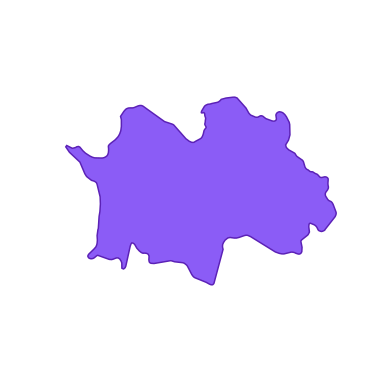 map outline of Beijing (Albers equal-area conic projection), rotated 228°
{"feature_id": "CHN-1155", "entity_name": "Beijing", "entity_type": "Municipality", "adm_level": 1, "iso_a3": "CHN", "parent_name": "China", "parent_adm1": "", "projection": "albers", "projection_center": [116.383, 40.244], "detail": "fine", "context": "isolated", "style": "filled", "palette": "violet", "viewbox_px": 384, "rotation_deg": 228, "n_neighbors": 0, "source": "natural_earth", "source_scale": "10m", "svg_char_len": 4562}
<svg xmlns="http://www.w3.org/2000/svg" viewBox="0 0 384 384"><g transform="rotate(228 192 192)"><path d="M296.0,189.5L297.5,195.3L297.8,197.9L297.7,198.9L297.4,199.9L296.9,201.0L296.4,201.7L294.2,204.2L293.9,204.7L293.4,205.7L292.1,209.4L291.5,210.6L290.9,211.5L290.4,212.0L289.8,212.5L288.4,213.1L282.7,214.3L262.7,218.7L255.9,222.6L254.8,223.1L253.9,223.3L235.7,223.1L231.6,223.9L229.3,224.9L228.3,225.8L227.6,226.7L227.3,228.6L226.2,233.0L226.0,233.9L225.9,234.8L226.0,235.7L226.5,237.2L227.5,239.1L229.6,242.1L230.0,243.3L230.3,245.2L230.6,245.8L231.3,246.1L233.0,246.5L233.7,246.8L234.2,247.3L235.1,248.6L236.1,249.6L237.3,251.1L237.7,251.5L238.2,251.8L239.7,252.4L240.4,252.8L241.6,253.7L242.2,254.0L243.1,253.9L243.6,253.0L244.3,252.1L244.7,252.0L245.1,252.4L245.5,253.0L245.8,253.6L247.3,258.4L247.4,259.4L247.2,260.7L246.6,262.5L245.6,263.8L244.7,265.4L244.6,265.8L241.8,270.6L241.4,271.5L241.2,272.0L241.1,273.8L241.1,274.5L241.3,275.7L239.1,280.1L235.1,285.8L234.0,287.1L233.5,287.5L231.8,288.4L218.3,288.3L212.6,287.0L211.1,287.0L209.9,287.1L205.3,289.2L204.7,289.6L204.0,290.4L203.6,291.0L203.4,291.6L202.9,293.7L202.2,294.6L201.1,295.3L197.1,296.0L191.4,299.0L190.3,299.8L189.6,300.6L189.3,301.4L189.2,302.2L189.4,303.0L189.7,303.5L189.9,303.7L190.1,303.8L193.0,305.8L193.4,306.4L193.7,307.1L193.9,308.0L193.8,308.9L193.6,309.8L193.1,310.7L191.8,311.7L190.2,312.5L187.5,312.8L184.7,312.5L178.8,310.9L176.7,309.7L168.9,303.0L166.0,298.5L164.3,293.0L163.3,292.6L162.6,292.1L161.4,291.9L158.6,292.1L152.7,294.1L151.8,294.3L149.1,293.8L148.2,293.8L141.9,295.3L141.1,295.3L140.0,295.1L135.0,292.7L133.6,292.4L132.8,292.4L132.0,292.5L130.6,293.1L128.4,293.4L128.0,293.6L127.4,294.0L126.6,294.9L126.2,295.1L125.6,295.4L125.0,295.5L123.5,295.9L121.4,296.9L120.6,297.0L117.7,297.0L117.0,297.2L116.4,297.7L115.9,298.2L114.7,300.4L114.3,301.0L113.7,301.5L113.1,301.9L112.4,302.1L111.6,302.2L110.7,302.0L109.8,301.2L107.5,298.8L106.1,297.7L104.7,296.9L103.8,296.1L103.4,295.4L102.9,294.3L102.4,291.9L102.2,291.0L101.7,290.1L100.6,289.1L99.7,288.6L95.8,287.9L94.9,287.9L94.0,288.0L91.9,288.9L91.1,289.0L90.2,289.0L88.4,288.6L81.0,285.7L80.2,285.3L79.4,284.6L78.9,283.9L78.5,283.2L77.9,281.8L75.1,265.8L75.0,265.6L74.9,265.5L74.9,264.9L75.0,264.1L75.5,262.7L76.0,261.8L76.7,261.3L78.0,260.6L78.7,260.4L79.5,260.4L82.2,261.2L83.8,261.3L85.6,261.0L89.6,259.1L90.0,258.2L89.6,257.2L88.0,255.5L83.7,252.5L83.0,250.8L82.6,249.6L82.6,248.5L83.0,241.9L83.0,241.3L82.9,240.8L82.7,240.2L82.2,239.7L77.3,236.8L74.2,233.7L73.8,232.8L73.7,232.3L73.6,231.8L73.7,231.1L74.0,230.3L74.7,229.5L76.6,228.4L77.1,228.1L77.8,227.9L79.1,227.2L80.3,226.2L81.0,225.4L84.3,219.2L85.0,218.3L86.1,217.2L88.0,215.8L91.7,213.8L119.6,205.7L122.5,204.4L123.7,203.3L124.6,201.7L126.8,196.5L128.0,194.3L129.5,192.6L132.8,189.8L133.9,187.8L134.1,184.4L133.4,181.7L132.5,179.7L131.3,178.4L130.4,177.7L128.6,176.7L128.4,176.4L109.5,147.3L109.3,146.6L109.2,145.7L109.5,144.9L110.3,144.1L111.9,143.3L115.4,142.1L126.3,136.8L127.8,136.4L128.8,136.4L130.8,136.6L140.0,139.0L141.3,139.1L143.7,138.7L145.1,138.2L146.1,137.4L151.9,132.3L154.3,130.9L155.1,130.3L155.5,129.8L164.3,115.9L166.5,113.8L167.5,113.4L168.5,113.4L169.3,113.8L169.9,114.2L170.5,114.6L172.6,116.7L173.2,117.2L173.9,117.5L174.7,117.7L175.6,117.7L176.4,117.4L177.1,116.9L178.0,116.2L179.1,114.9L179.6,114.4L180.3,114.1L181.0,113.8L183.5,113.4L187.2,113.4L190.8,114.2L191.9,114.3L193.1,114.1L194.0,113.6L194.5,113.0L194.1,111.7L193.0,109.7L181.2,93.2L180.5,91.6L180.5,90.2L180.7,89.5L182.3,88.9L186.3,92.4L188.2,93.1L190.6,93.5L192.4,93.0L193.3,92.1L193.8,91.2L194.9,88.3L195.6,87.0L197.3,85.4L208.0,79.6L208.3,79.0L208.4,78.3L208.5,75.3L208.9,73.8L209.9,72.3L210.9,71.6L211.9,71.2L212.7,71.2L213.8,71.5L214.5,72.3L214.9,73.7L215.2,81.1L215.5,83.6L215.6,84.0L216.3,85.5L216.7,86.2L217.6,87.4L219.6,89.5L223.1,92.3L226.9,96.8L227.7,98.1L228.2,98.6L236.0,106.6L239.2,110.6L244.4,115.9L249.9,120.5L261.2,126.6L262.9,127.2L264.6,126.9L266.0,126.3L267.9,125.1L273.5,124.1L274.5,124.1L277.3,124.6L289.2,128.7L303.5,127.5L310.0,128.4L310.4,130.0L304.6,132.3L303.8,133.6L303.0,135.2L302.7,136.7L301.7,138.2L300.3,138.7L295.7,138.5L292.2,138.8L287.0,140.2L284.4,141.3L282.5,142.5L277.3,148.0L276.4,149.6L275.9,151.3L275.8,152.5L275.8,153.1L275.9,153.6L276.2,154.5L277.2,156.2L278.8,157.9L280.3,159.2L281.4,160.0L282.1,160.6L282.3,161.1L282.6,162.3L282.6,164.3L282.2,169.1L282.2,170.3L282.5,173.7L282.9,175.3L283.7,177.4L285.2,180.1L286.1,181.2L288.0,183.4L293.0,187.9L296.0,189.5Z" fill="#8b5cf6" stroke="#5b21b6" stroke-width="1.5"/></g></svg>